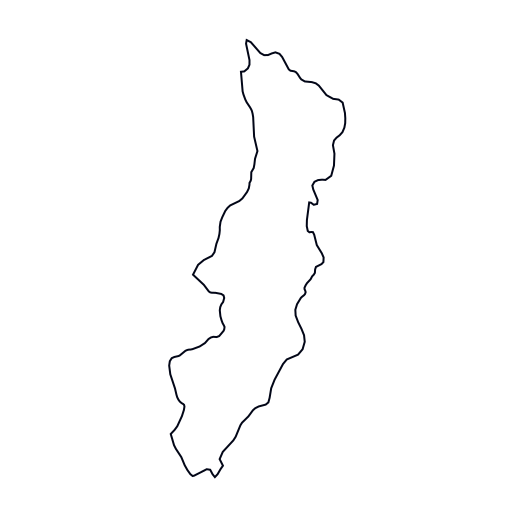 Mahakali, Equal Earth projection, rotated 174°
{"feature_id": "NPL-1128", "entity_name": "Mahakali", "entity_type": "Administrative Zone", "adm_level": 1, "iso_a3": "NPL", "parent_name": "Nepal", "parent_adm1": "", "projection": "equal_earth", "projection_center": [80.565, 29.386], "detail": "fine", "context": "isolated", "style": "outline", "palette": "ink", "viewbox_px": 512, "rotation_deg": 174, "n_neighbors": 0, "source": "natural_earth", "source_scale": "10m", "svg_char_len": 2732}
<svg xmlns="http://www.w3.org/2000/svg" viewBox="0 0 512 512"><g transform="rotate(174 256 256)"><path d="M342.0,43.8L344.1,45.9L346.6,50.3L348.8,55.4L351.3,63.8L355.8,72.5L357.3,76.4L359.4,87.9L355.2,91.5L352.1,94.9L346.4,104.5L343.8,110.4L342.9,113.7L343.1,115.5L343.9,116.4L345.4,117.5L347.0,119.2L348.2,121.3L349.1,123.7L349.6,126.3L350.4,132.7L353.6,147.3L353.8,156.1L352.7,160.4L350.5,163.2L347.8,164.1L343.6,164.6L342.3,165.0L336.1,169.1L334.2,169.7L332.7,169.9L330.9,169.8L328.9,170.0L321.5,171.9L315.8,174.8L311.9,178.4L309.3,179.7L306.9,180.1L303.6,179.5L301.0,180.2L296.1,184.9L295.3,186.3L294.7,188.7L295.2,190.3L296.2,192.6L297.0,195.7L297.7,199.8L297.7,205.8L296.9,208.9L295.5,211.5L293.5,213.7L292.0,217.6L292.4,220.2L294.5,221.9L300.1,223.6L304.3,224.2L305.5,224.7L306.3,225.4L306.7,225.8L310.9,232.8L320.6,244.0L314.5,253.3L308.2,257.5L299.8,260.7L296.9,264.1L294.1,272.3L291.4,277.8L290.1,281.7L289.3,285.4L289.0,288.7L287.7,293.8L285.5,298.1L281.8,304.1L279.2,306.9L276.4,309.0L266.9,312.4L263.5,314.7L258.2,320.6L256.1,324.0L255.1,327.4L254.8,329.4L253.4,331.4L252.8,333.1L251.9,339.9L249.1,343.7L248.0,347.4L246.8,352.8L243.6,360.2L245.4,374.9L244.3,394.4L244.5,397.8L244.9,400.6L245.4,402.2L246.4,404.5L249.2,409.8L250.3,412.8L251.6,418.0L252.1,421.1L251.7,440.3L251.7,440.8L248.4,440.8L244.5,443.4L242.5,446.9L242.0,451.5L243.7,468.2L242.7,471.7L238.8,469.2L230.5,457.4L226.9,454.9L223.0,454.6L219.2,455.8L215.4,456.5L211.5,454.6L209.2,451.2L203.9,438.2L202.4,436.7L198.8,435.7L197.2,434.8L195.7,432.8L193.6,428.6L192.5,426.9L189.2,424.5L182.3,423.1L178.5,421.5L175.7,418.9L169.1,408.6L162.8,404.2L161.0,403.8L157.4,402.9L153.8,399.5L152.6,388.9L152.8,383.6L153.4,378.8L154.7,374.4L157.1,370.1L160.2,367.3L163.5,365.3L166.3,362.7L167.9,358.2L167.3,349.5L169.0,337.8L172.8,327.9L178.9,324.4L182.3,325.0L186.4,325.0L190.1,323.7L192.6,320.2L192.1,316.2L188.8,305.2L189.8,301.4L193.2,300.9L195.7,303.2L197.5,303.7L201.6,286.5L202.4,280.4L201.9,275.5L200.4,274.0L198.6,274.1L196.9,273.8L195.9,271.1L194.4,260.5L190.3,251.9L188.9,247.5L189.6,242.9L191.7,241.1L197.5,238.9L198.6,236.5L199.2,233.1L200.5,231.4L202.3,229.9L204.1,227.2L208.1,223.7L209.7,221.7L211.1,219.3L211.2,218.0L210.7,216.5L210.4,214.9L211.2,213.1L212.2,212.1L214.7,210.5L215.8,209.6L220.2,203.8L222.5,198.4L222.8,192.6L221.0,185.8L218.4,178.8L216.5,172.2L216.5,165.6L219.4,158.4L224.5,153.5L236.2,149.9L240.4,145.8L250.4,131.1L254.7,122.9L257.3,113.5L259.0,109.1L261.9,107.2L269.0,106.1L272.7,104.7L275.2,102.9L280.3,97.3L287.3,91.7L289.2,89.3L295.1,78.4L297.8,75.0L309.5,64.7L313.4,57.8L310.8,50.9L313.5,47.8L317.0,43.0L320.0,40.4L322.0,43.5L323.9,48.2L327.3,49.1L340.5,44.0L342.0,43.8Z" fill="none" stroke="#020617" stroke-width="2"/></g></svg>